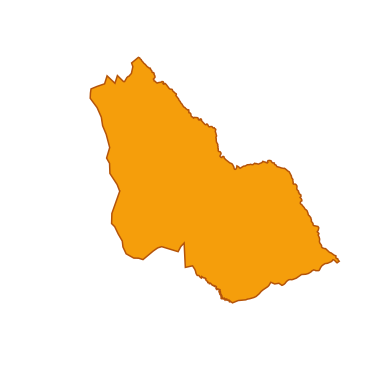 Guruve, Mashonaland Central, Zimbabwe (Equal Earth projection), rotated 143°
{"feature_id": "62879985B94788523957313", "entity_name": "Guruve", "entity_type": "district", "adm_level": 2, "iso_a3": "ZWE", "parent_name": "Zimbabwe", "parent_adm1": "Mashonaland Central", "projection": "equal_earth", "projection_center": [30.574, -16.701], "detail": "fine", "context": "isolated", "style": "filled", "palette": "amber", "viewbox_px": 384, "rotation_deg": 143, "n_neighbors": 0, "source": "geoboundaries", "source_scale": "gbopen_adm2", "svg_char_len": 6000}
<svg xmlns="http://www.w3.org/2000/svg" viewBox="0 0 384 384"><g transform="rotate(143 192 192)"><path d="M226.4,79.1L220.4,77.5L213.9,73.5L212.2,73.1L210.3,72.1L206.1,70.5L203.7,70.0L199.5,70.3L196.5,71.0L194.0,71.1L188.6,70.8L187.0,71.0L183.4,72.5L181.3,68.8L177.5,66.8L176.4,63.4L176.0,63.2L174.4,62.9L172.7,63.0L171.4,63.4L169.9,63.7L167.7,63.7L166.3,63.0L165.1,61.9L164.2,61.5L160.5,60.4L154.2,60.2L150.7,57.9L148.1,56.9L146.3,56.7L144.6,56.6L143.6,56.9L142.8,56.6L141.9,56.7L141.0,55.7L140.5,54.7L138.4,53.1L137.7,52.9L136.8,53.2L134.9,54.2L132.8,54.9L130.9,54.9L129.0,54.8L126.6,53.5L122.8,52.6L121.8,52.6L120.1,53.1L119.6,52.4L119.1,50.4L119.0,48.6L118.7,48.1L116.1,48.1L116.2,49.7L115.8,51.1L116.4,51.8L116.7,52.8L116.0,53.9L115.5,54.2L115.5,54.5L116.4,55.8L117.6,59.7L118.5,61.0L119.4,66.4L120.0,66.8L121.2,68.5L121.5,69.1L121.6,69.9L120.7,71.5L120.6,74.4L120.2,75.6L118.4,77.6L117.7,79.3L117.2,81.6L116.7,82.1L116.0,82.1L115.6,82.5L115.7,83.6L116.0,84.3L115.8,85.0L114.7,85.3L113.7,85.9L112.5,86.9L112.2,87.4L112.2,88.7L114.8,91.7L115.1,92.4L115.0,93.0L114.3,94.1L114.3,96.8L113.4,97.9L112.8,99.7L112.6,99.9L112.6,102.3L112.8,103.2L112.8,103.9L112.1,105.4L111.4,107.8L111.5,108.8L112.0,110.1L111.8,112.4L112.0,114.8L111.9,116.0L112.3,116.6L112.4,117.6L112.2,118.0L111.3,118.8L110.5,119.0L109.6,118.8L109.0,119.8L108.8,120.7L109.0,122.6L108.8,122.7L107.7,122.8L106.9,124.0L106.8,124.6L107.4,125.7L107.4,126.2L107.0,126.9L107.1,127.7L106.4,128.5L106.7,130.7L106.3,131.6L104.7,133.4L104.5,134.0L104.5,135.4L104.8,136.2L106.2,137.3L106.2,137.9L105.5,138.6L104.4,140.8L103.8,141.4L103.9,142.8L103.5,144.1L103.0,145.0L102.2,149.7L102.7,150.7L103.5,154.2L103.9,155.3L104.4,155.5L106.0,157.2L107.4,159.3L107.9,159.8L108.2,160.4L108.8,161.0L108.9,161.5L108.7,163.0L109.4,164.1L109.4,164.5L108.8,165.6L110.2,167.0L110.3,168.3L110.1,169.1L110.2,169.6L111.1,170.6L112.3,171.3L113.3,171.0L113.7,169.9L114.4,169.9L115.1,170.7L115.3,171.5L116.8,173.4L116.9,173.8L118.0,173.5L119.0,173.5L120.7,174.0L122.1,174.2L122.5,174.6L123.5,176.0L124.0,176.1L124.5,177.2L126.8,177.2L127.7,177.8L128.7,179.0L129.4,179.1L131.5,180.5L133.8,180.7L135.0,181.5L135.9,181.7L139.2,182.0L139.5,182.5L139.6,184.0L140.4,185.8L141.7,184.6L142.9,184.0L143.6,183.9L144.2,184.4L144.3,185.1L143.5,186.9L143.0,190.0L143.7,191.7L144.3,192.5L145.6,197.6L145.8,199.7L145.3,200.7L145.3,201.1L145.7,201.7L146.5,202.0L147.5,201.6L147.9,202.1L148.1,202.5L148.2,203.6L147.6,204.3L146.6,204.6L145.6,205.3L145.4,205.7L145.3,206.7L145.4,207.4L146.1,208.0L146.3,209.1L145.1,210.6L144.9,211.1L144.9,211.6L144.4,212.0L143.7,212.9L143.6,213.6L142.9,214.2L142.6,215.3L142.5,216.9L141.8,218.3L140.7,219.8L139.9,221.4L139.0,221.7L138.5,222.2L138.1,223.5L137.7,224.2L137.0,226.3L136.3,226.8L136.0,227.3L135.4,227.6L135.3,228.0L135.7,229.1L135.6,229.9L136.3,230.2L136.6,230.6L136.7,232.3L137.9,233.2L139.1,233.7L139.2,234.7L138.9,236.7L139.2,237.4L140.4,237.3L141.0,238.2L141.6,243.8L141.0,243.8L140.8,244.8L141.4,245.4L142.4,245.3L142.9,245.1L143.3,245.7L143.3,246.0L142.7,247.3L142.8,247.9L143.2,248.4L145.3,250.2L145.9,250.3L146.2,250.1L146.4,250.5L146.4,251.4L147.0,252.5L146.9,253.3L145.9,255.2L146.0,256.4L146.7,257.0L146.7,257.4L146.1,257.9L145.9,259.0L145.4,259.1L145.2,259.3L145.4,259.9L146.1,260.3L146.8,262.5L146.8,263.6L147.4,265.0L147.3,267.1L147.1,268.0L147.3,270.0L147.0,271.3L147.1,273.2L146.7,274.3L146.8,278.3L146.8,278.7L145.7,279.4L145.5,279.9L146.1,281.5L146.2,282.8L146.5,283.7L146.5,284.6L146.1,285.8L146.5,286.4L147.1,286.8L147.9,288.1L147.9,293.2L148.1,294.7L148.3,295.0L149.6,295.0L149.9,295.5L149.9,296.1L149.1,296.3L148.8,296.7L148.7,297.5L149.5,298.3L150.3,298.2L153.0,299.6L154.3,300.0L154.7,301.2L154.8,302.6L155.4,303.5L155.3,303.8L154.9,304.3L154.9,305.4L152.7,305.8L152.3,306.1L151.7,307.4L151.5,308.9L151.1,309.2L150.8,310.0L150.9,310.6L151.4,310.8L151.8,311.6L151.4,312.4L151.2,313.2L151.2,314.0L151.4,314.7L151.2,315.0L151.2,315.4L150.8,315.8L150.8,316.0L151.6,316.8L152.4,319.3L152.5,321.9L153.0,323.9L153.0,326.1L153.2,326.8L153.1,327.7L152.9,328.2L153.3,329.4L153.1,330.6L153.8,331.8L162.6,331.4L163.8,327.7L169.0,323.2L172.8,322.4L173.5,322.7L175.1,322.6L179.3,320.8L179.9,321.0L180.3,321.7L181.5,329.9L188.1,325.2L189.9,335.9L196.7,331.0L204.4,333.5L210.6,335.1L213.5,332.2L216.9,328.1L217.0,316.5L219.4,306.3L223.5,298.7L225.8,289.7L231.0,277.0L239.8,270.5L240.6,264.5L246.4,256.2L247.3,243.0L249.2,236.3L249.1,236.2L268.9,223.1L275.2,215.2L274.6,210.8L276.2,202.9L277.2,194.8L280.2,189.7L281.8,182.3L278.3,174.3L274.5,171.3L271.8,167.5L258.4,168.2L253.0,168.0L249.1,166.6L239.0,152.7L233.7,155.2L229.0,156.0L242.7,135.8L236.0,132.7L236.3,128.5L236.8,126.8L237.7,124.7L238.0,123.2L238.0,122.2L236.7,121.1L236.7,118.8L236.4,118.2L236.4,117.6L236.1,117.6L235.1,118.6L234.8,117.7L234.5,116.5L233.7,116.0L233.5,115.8L233.6,114.8L233.2,114.8L233.1,114.3L233.7,113.6L233.9,113.0L233.4,110.9L233.9,110.3L233.9,110.1L233.5,109.9L233.3,109.5L233.2,109.1L233.4,108.5L233.4,108.3L232.7,107.9L232.5,108.4L232.2,108.2L232.0,107.2L232.0,106.3L231.8,105.8L231.9,105.3L231.4,104.7L231.3,104.2L230.8,104.2L230.7,103.9L230.8,103.1L230.2,103.1L229.7,102.4L229.6,101.6L230.5,101.1L230.3,100.2L230.5,100.1L230.9,100.4L231.0,100.3L230.8,99.0L230.4,99.0L230.0,99.4L229.6,98.7L229.1,98.4L228.9,97.5L228.4,97.1L228.5,96.9L229.0,96.5L229.2,95.8L229.5,96.0L229.7,96.9L230.1,96.2L230.4,96.2L230.6,95.6L230.5,95.2L229.9,95.5L229.6,95.3L229.6,94.8L230.8,94.6L230.8,94.4L230.3,93.9L230.3,93.7L230.8,93.6L230.5,92.9L230.8,92.8L231.0,93.1L231.3,93.1L231.2,92.5L230.5,92.2L230.7,90.9L231.0,90.7L231.2,91.6L231.5,91.5L232.2,90.2L232.7,89.7L232.8,89.3L232.5,88.8L232.0,88.5L231.2,89.0L231.2,88.6L231.5,88.1L231.4,87.7L230.1,87.8L230.0,87.1L230.4,87.2L230.3,86.3L230.7,86.0L230.7,85.7L229.1,86.0L228.6,85.6L228.7,85.2L229.2,85.1L229.3,84.7L228.7,84.3L228.5,83.7L227.9,83.7L227.9,83.1L227.3,83.0L227.2,82.3L227.4,82.2L228.0,82.3L228.2,81.9L228.0,81.5L227.6,81.4L226.8,80.6L226.4,79.1Z" fill="#f59e0b" stroke="#b45309" stroke-width="1.5"/></g></svg>